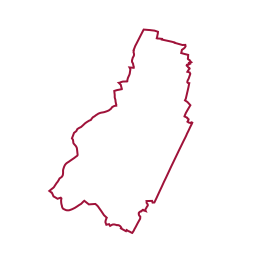 Rosiori, Bihor, Romania, rotated 284°
{"feature_id": "2599482B96012513693118", "entity_name": "Rosiori", "entity_type": "district", "adm_level": 2, "iso_a3": "ROU", "parent_name": "Romania", "parent_adm1": "Bihor", "projection": "orthographic", "projection_center": [21.943, 47.265], "detail": "fine", "context": "isolated", "style": "outline", "palette": "rose", "viewbox_px": 256, "rotation_deg": 284, "n_neighbors": 0, "source": "geoboundaries", "source_scale": "gbopen_adm2", "svg_char_len": 5241}
<svg xmlns="http://www.w3.org/2000/svg" viewBox="0 0 256 256"><g transform="rotate(284 128 128)"><path d="M146.1,188.6L147.4,188.9L148.7,189.1L148.8,188.8L148.7,188.6L148.8,188.1L148.3,187.9L147.9,187.9L148.0,187.3L148.0,186.1L148.0,185.4L148.2,185.1L148.4,184.5L148.5,184.2L150.3,184.7L151.1,184.7L151.7,183.3L151.9,183.1L152.3,183.0L152.9,180.0L153.3,180.0L156.6,180.5L159.8,181.4L160.5,181.6L165.2,183.0L167.6,179.4L168.6,176.6L170.5,177.0L181.9,176.8L186.3,176.6L186.2,175.7L186.3,175.0L186.9,174.4L188.0,174.4L188.6,174.4L190.6,174.9L193.0,175.1L194.9,175.3L195.7,175.3L196.5,174.6L196.8,174.4L196.9,172.0L197.6,172.2L199.2,172.8L200.4,173.3L200.5,173.4L200.9,173.1L201.2,172.9L201.2,172.7L201.2,172.2L201.5,171.7L202.2,170.9L202.4,170.5L202.6,170.1L202.8,169.8L203.3,169.8L203.6,169.9L203.8,170.2L203.8,170.5L203.6,170.9L204.1,171.1L204.4,171.7L204.6,171.9L204.6,171.6L204.9,171.3L205.7,171.2L206.0,171.3L206.2,171.7L206.3,172.1L206.3,172.6L206.5,172.9L207.1,173.5L207.3,173.0L207.8,172.5L208.1,172.0L208.5,171.6L208.8,171.3L208.9,170.8L209.1,170.1L209.4,169.5L209.7,169.3L210.3,169.3L211.5,169.1L213.5,168.7L213.5,164.7L213.6,161.5L216.9,161.4L218.7,163.0L219.9,163.7L221.2,164.1L222.5,163.5L221.7,160.7L221.9,154.5L221.9,152.8L222.2,152.8L222.3,152.4L222.3,149.2L222.0,139.4L222.7,139.4L222.3,136.5L222.0,135.1L222.0,134.2L223.5,134.2L224.3,134.2L225.1,134.1L226.5,134.1L227.6,134.0L228.6,133.8L228.9,130.2L228.5,127.1L228.4,126.1L227.3,119.4L225.7,119.0L211.9,115.8L209.5,115.2L204.7,114.6L204.6,114.9L202.9,115.0L202.0,115.6L201.2,115.9L200.7,116.1L199.6,116.2L198.7,116.0L198.0,115.8L197.3,115.6L196.6,115.6L196.0,115.6L194.7,115.5L194.4,115.6L193.9,115.7L193.2,115.9L192.9,116.1L192.8,116.3L192.6,116.5L191.3,117.5L191.0,117.6L190.3,117.9L189.9,118.1L188.8,118.8L188.0,119.0L187.8,119.0L187.2,115.5L187.1,114.8L186.4,115.4L185.9,115.7L185.4,116.1L185.1,116.2L184.5,116.2L183.4,116.3L182.3,116.4L182.1,116.4L181.9,116.5L181.0,116.5L180.3,116.5L179.9,116.4L179.6,116.4L178.7,116.2L178.1,116.1L177.5,116.0L177.2,115.9L176.8,115.9L176.4,115.8L175.5,115.8L175.0,115.8L174.5,115.8L173.1,116.0L173.0,115.9L172.9,115.7L171.9,112.0L171.5,111.2L171.0,110.4L170.5,109.6L170.2,109.3L169.9,108.9L169.6,108.2L168.2,110.5L166.9,111.2L165.6,111.9L165.1,112.2L164.8,112.4L164.3,112.6L164.2,112.6L163.2,110.5L162.6,109.2L162.3,108.5L161.2,106.6L160.6,105.7L158.5,106.5L158.2,106.6L156.9,107.1L156.1,107.3L154.5,107.7L154.1,107.9L152.2,109.0L150.5,109.6L148.2,110.7L147.8,111.0L147.3,111.0L146.8,111.2L146.2,109.6L146.0,109.3L144.5,107.6L142.5,106.8L140.5,105.2L139.6,104.1L138.2,102.0L137.5,100.8L137.4,100.6L136.3,98.1L135.8,97.2L135.4,96.7L134.9,95.9L133.7,94.8L133.6,94.7L133.0,94.1L132.3,93.5L131.9,93.2L131.0,92.5L130.4,91.7L129.6,91.2L128.5,90.6L126.8,90.0L125.8,88.6L124.0,86.8L122.3,85.3L119.8,83.7L117.7,82.3L116.1,80.4L114.7,79.1L112.5,78.6L110.2,76.8L107.3,76.5L104.4,76.1L104.1,76.5L103.7,77.0L103.3,77.4L102.9,77.6L101.7,78.1L100.3,78.6L99.8,79.0L99.3,79.7L98.0,81.6L96.8,82.8L96.0,83.3L93.9,84.1L90.9,85.2L89.8,85.6L89.3,85.6L88.9,85.5L88.5,85.2L87.7,84.5L85.8,83.0L83.9,81.3L82.2,79.8L80.9,78.7L80.0,77.8L79.2,77.1L78.4,76.5L77.8,76.2L76.9,75.8L75.1,75.4L72.6,75.2L71.5,75.2L71.2,75.3L70.8,75.3L69.5,75.7L68.0,76.0L66.8,76.1L66.1,76.1L65.5,75.9L64.5,75.5L64.2,75.3L63.1,74.3L62.7,74.0L62.5,73.8L62.2,73.7L60.9,73.4L58.7,72.7L57.5,72.1L54.7,71.1L52.6,70.4L51.7,69.8L51.1,69.3L48.6,67.4L47.9,66.9L47.6,67.6L47.2,68.5L47.0,69.2L46.8,69.4L46.9,69.6L46.7,69.9L44.8,71.4L44.6,71.5L44.3,71.8L43.8,72.1L43.6,72.3L43.6,72.6L43.4,73.0L43.2,73.8L43.1,74.2L42.4,76.4L42.3,76.7L44.1,79.6L43.6,80.4L41.5,80.6L40.2,81.0L39.0,81.4L38.1,81.8L36.5,82.7L35.4,83.2L34.8,83.7L34.1,84.3L33.7,85.6L33.5,86.7L33.3,88.0L33.4,88.7L33.6,89.8L34.0,90.9L34.9,92.3L35.9,93.7L37.7,95.8L39.5,97.5L41.4,99.2L43.1,100.9L45.7,102.4L46.8,103.2L44.6,108.1L44.4,108.5L46.1,113.7L46.4,114.7L45.5,116.5L44.7,117.8L43.2,119.5L41.5,121.5L40.8,122.3L37.6,125.8L37.0,126.9L35.8,129.1L34.6,128.8L33.9,128.9L33.3,128.7L32.8,128.7L32.1,128.8L31.9,128.8L31.5,128.8L31.4,128.8L31.1,128.9L29.9,129.7L28.9,130.4L29.1,130.7L30.1,132.9L28.7,134.3L30.2,135.9L30.8,136.8L31.1,138.1L31.1,139.8L31.0,140.9L31.2,141.3L31.4,141.6L31.3,143.0L30.8,144.3L30.5,144.7L29.7,145.6L28.9,145.4L27.6,150.2L27.4,151.0L28.7,151.4L28.3,152.6L28.1,152.9L28.0,153.5L28.0,154.1L27.2,157.1L27.2,157.5L29.1,158.2L30.2,158.5L31.3,158.7L32.4,159.0L32.7,159.1L34.2,159.5L37.6,160.3L37.9,160.4L38.8,160.6L39.1,160.7L42.4,161.6L42.7,161.7L43.2,161.7L44.3,161.5L45.1,161.3L45.6,160.3L45.8,160.0L46.6,159.5L47.0,159.3L47.6,159.3L47.9,159.1L48.0,159.0L48.5,159.1L49.0,159.4L49.6,159.8L49.9,160.3L50.1,160.8L50.8,161.0L51.2,161.7L52.1,162.0L52.3,162.4L52.2,162.8L51.8,163.3L51.7,163.6L51.7,164.0L51.8,164.5L51.7,165.3L52.1,165.0L52.6,164.7L53.1,164.6L53.8,164.7L54.8,165.1L55.4,165.2L56.1,165.4L56.7,165.6L57.4,165.9L57.8,165.9L58.4,165.7L58.8,165.4L59.3,164.8L59.7,164.3L60.3,164.0L61.4,163.8L61.6,163.7L63.1,169.0L61.6,169.9L62.1,171.6L66.9,172.6L74.9,174.1L79.4,175.0L84.4,175.9L88.1,176.7L94.2,177.9L98.3,178.7L100.9,179.2L112.5,181.6L118.8,182.9L125.8,184.4L128.7,185.0L132.6,185.9L135.1,186.4L135.9,186.5L136.6,186.6L139.7,187.3L144.3,188.2L146.1,188.6Z" fill="none" stroke="#9f1239" stroke-width="2"/></g></svg>